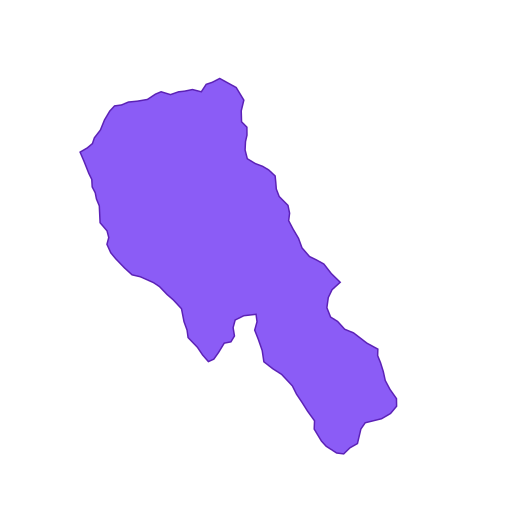 outline of Santana da Ponte Pensa, São Paulo, Brazil, rotated 133°
{"feature_id": "56859067B61515541575492", "entity_name": "Santana da Ponte Pensa", "entity_type": "district", "adm_level": 2, "iso_a3": "BRA", "parent_name": "Brazil", "parent_adm1": "São Paulo", "projection": "natural_earth1", "projection_center": [-50.796, -20.251], "detail": "fine", "context": "isolated", "style": "filled", "palette": "violet", "viewbox_px": 512, "rotation_deg": 133, "n_neighbors": 0, "source": "geoboundaries", "source_scale": "gbopen_adm2", "svg_char_len": 1652}
<svg xmlns="http://www.w3.org/2000/svg" viewBox="0 0 512 512"><g transform="rotate(133 256 256)"><path d="M340.9,56.9L332.3,56.5L324.0,53.9L311.0,61.3L303.5,62.4L289.4,53.2L279.4,50.2L270.0,50.7L264.5,56.0L262.2,67.0L258.9,76.6L253.7,84.1L249.1,92.2L245.9,99.1L241.0,103.4L244.1,115.4L245.7,132.2L249.1,141.2L248.2,151.7L249.8,159.8L245.5,168.9L237.1,174.8L228.8,177.4L217.8,176.5L217.5,189.0L215.6,200.9L217.7,209.3L219.9,216.5L218.7,227.9L214.1,236.9L211.0,247.4L207.9,256.2L201.8,260.6L197.2,267.1L196.7,279.6L193.2,286.8L188.9,291.5L184.4,296.6L184.4,305.4L185.9,312.3L188.9,319.6L190.8,328.7L185.9,336.3L179.5,341.7L173.8,345.0L168.0,350.5L167.7,358.1L159.9,365.8L150.3,371.2L146.3,385.4L150.9,403.6L158.9,406.5L164.4,409.5L173.2,408.0L177.6,416.0L184.2,420.7L188.7,424.6L196.3,428.6L200.6,437.4L206.1,439.9L215.6,442.2L223.6,448.3L230.4,454.3L237.3,457.4L242.7,461.8L249.7,461.8L259.8,459.6L270.0,455.7L279.8,454.8L285.3,452.3L292.0,453.1L300.0,455.5L304.1,446.2L309.6,434.6L312.0,428.3L317.2,422.9L319.4,416.7L323.1,411.6L326.2,404.8L338.0,392.7L339.2,382.1L342.9,376.3L349.1,373.0L352.7,364.4L353.7,356.6L354.4,344.0L354.3,333.8L350.1,326.5L345.4,312.9L344.2,305.7L344.8,294.8L344.5,286.4L345.4,274.5L353.1,263.9L357.2,255.9L362.0,250.0L362.7,236.6L364.8,227.6L365.7,218.8L360.2,216.5L352.1,217.6L341.4,219.8L335.9,215.8L329.2,217.2L324.0,223.9L317.0,227.6L308.0,224.2L298.6,216.2L303.4,210.4L311.1,206.4L315.4,197.4L320.9,187.0L328.0,178.1L327.0,166.8L325.1,156.5L326.2,140.8L329.4,132.2L331.7,122.4L334.3,112.5L336.6,100.8L342.9,95.4L346.7,82.0L347.3,75.0L345.1,62.7L340.9,56.9Z" fill="#8b5cf6" stroke="#5b21b6" stroke-width="1.5"/></g></svg>